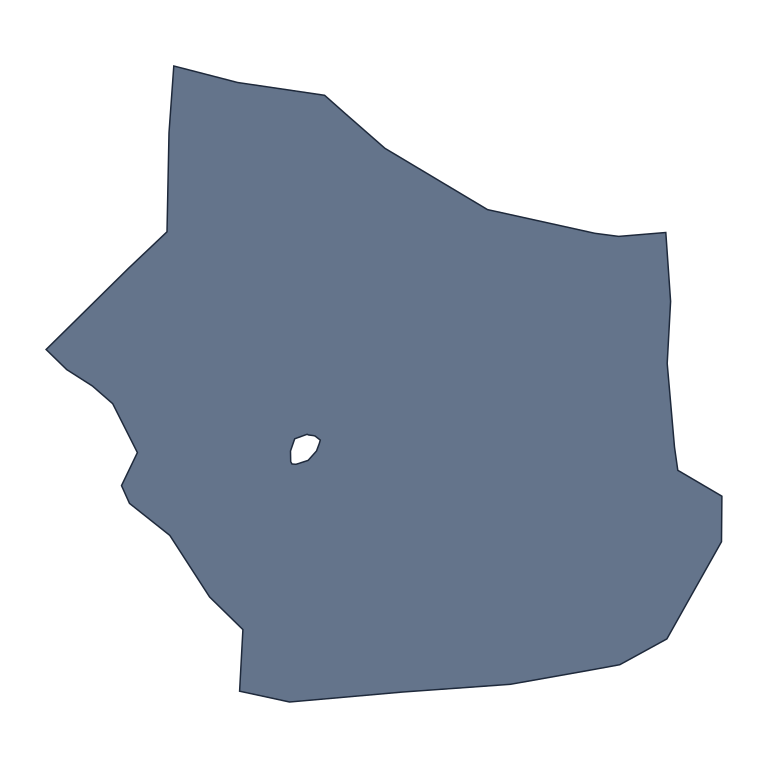 outline of Xanxongor, Ömnögovi, Mongolia
{"feature_id": "93677404B48685910961776", "entity_name": "Xanxongor", "entity_type": "district", "adm_level": 2, "iso_a3": "MNG", "parent_name": "Mongolia", "parent_adm1": "Ömnögovi", "projection": "natural_earth1", "projection_center": [104.555, 43.693], "detail": "fine", "context": "isolated", "style": "filled", "palette": "slate", "viewbox_px": 768, "rotation_deg": 0, "n_neighbors": 0, "source": "geoboundaries", "source_scale": "gbopen_adm2", "svg_char_len": 798}
<svg xmlns="http://www.w3.org/2000/svg" viewBox="0 0 768 768"><path d="M721.9,496.2L677.8,470.3L674.5,447.1L667.2,363.4L670.6,301.4L665.8,232.5L618.7,236.4L594.9,233.3L487.5,209.6L384.9,148.3L344.7,113.1L324.6,95.3L237.6,82.5L173.8,66.0L169.0,132.8L167.0,231.8L128.8,268.0L46.1,349.5L66.7,369.6L92.7,386.2L93.2,386.7L112.7,403.7L137.4,452.6L121.5,485.6L129.5,503.4L169.8,535.4L209.6,597.0L242.9,629.6L239.6,691.2L289.5,702.0L401.7,692.1L510.4,684.3L592.0,669.8L619.8,664.7L666.9,638.9L688.2,600.9L721.5,541.7L721.9,496.2ZM308.1,460.4L296.0,464.3L292.0,464.0L290.7,461.7L290.5,451.0L294.7,438.8L306.8,434.4L307.2,434.3L307.8,434.6L308.3,434.9L309.6,435.1L313.5,435.6L315.0,436.0L320.3,440.1L319.3,443.5L316.5,451.0L310.7,457.5L308.1,460.4Z" fill="#64748b" stroke="#1e293b" stroke-width="1.5"/></svg>